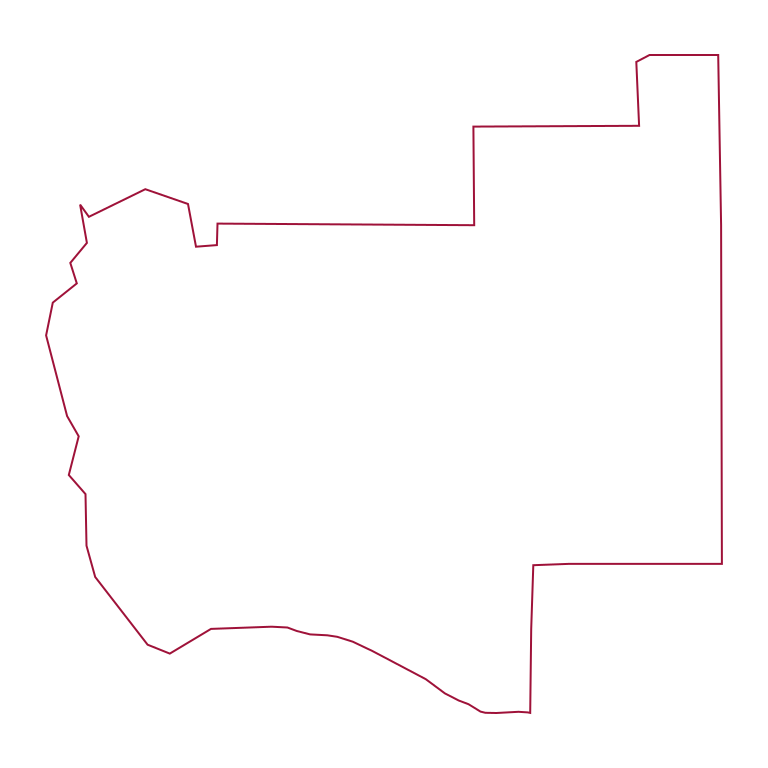 outline of Jersey, Illinois, United States of America
{"feature_id": "52423323B55765441585507", "entity_name": "Jersey", "entity_type": "district", "adm_level": 2, "iso_a3": "USA", "parent_name": "United States of America", "parent_adm1": "Illinois", "projection": "equal_earth", "projection_center": [-90.406, 39.093], "detail": "fine", "context": "isolated", "style": "outline", "palette": "rose", "viewbox_px": 768, "rotation_deg": 0, "n_neighbors": 0, "source": "geoboundaries", "source_scale": "gbopen_adm2", "svg_char_len": 734}
<svg xmlns="http://www.w3.org/2000/svg" viewBox="0 0 768 768"><path d="M718.2,55.0L649.5,55.0L636.3,61.9L639.1,125.8L473.4,126.6L474.2,225.2L217.5,223.6L216.9,245.1L196.0,246.7L188.0,204.0L145.3,189.2L88.9,216.8L80.1,204.6L86.9,242.9L70.3,262.9L76.8,283.4L52.8,302.6L46.1,335.4L67.1,416.1L78.7,436.3L68.8,475.0L85.5,494.1L86.5,545.7L95.2,577.0L147.6,644.7L169.8,653.6L211.0,628.9L271.6,626.7L287.4,627.5L296.8,631.0L310.1,634.4L327.3,635.3L337.2,636.8L352.8,641.7L367.7,648.8L371.6,650.6L425.8,679.2L444.9,693.4L458.7,700.5L468.5,704.2L480.5,711.6L485.4,712.8L496.4,713.0L518.5,711.8L527.8,712.4L530.2,712.9L531.2,629.1L533.3,565.2L568.1,563.9L721.9,563.9L721.1,225.2L718.2,55.0Z" fill="none" stroke="#9f1239" stroke-width="2"/></svg>